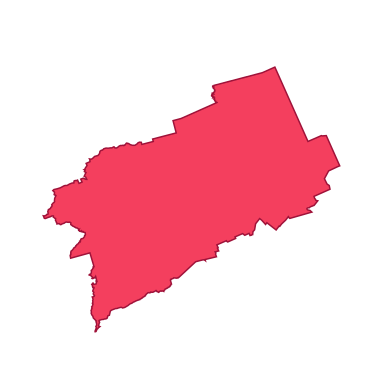 Benalla, Victoria, Australia, rotated 66°
{"feature_id": "25037944B90980309349747", "entity_name": "Benalla", "entity_type": "district", "adm_level": 2, "iso_a3": "AUS", "parent_name": "Australia", "parent_adm1": "Victoria", "projection": "natural_earth1", "projection_center": [146.082, -36.59], "detail": "fine", "context": "isolated", "style": "filled", "palette": "rose", "viewbox_px": 384, "rotation_deg": 66, "n_neighbors": 0, "source": "geoboundaries", "source_scale": "gbopen_adm2", "svg_char_len": 6113}
<svg xmlns="http://www.w3.org/2000/svg" viewBox="0 0 384 384"><g transform="rotate(66 192 192)"><path d="M228.2,46.4L195.1,46.4L193.7,50.3L193.1,50.9L193.0,65.5L111.6,65.5L111.6,79.3L103.9,126.3L103.6,128.3L103.8,128.3L104.0,128.8L103.8,129.3L104.5,129.4L104.6,129.9L104.0,129.8L103.8,130.1L104.4,130.4L105.3,129.6L105.9,130.3L107.6,129.6L108.8,129.9L108.9,130.4L109.6,130.5L109.8,131.5L109.8,131.9L110.0,132.4L111.0,132.3L110.0,133.4L110.3,133.6L111.2,133.5L111.1,134.2L111.7,134.4L111.8,134.8L112.1,135.0L112.5,134.8L112.5,134.1L112.7,133.9L113.2,134.5L113.4,134.4L113.9,133.7L114.0,134.2L114.3,134.5L114.3,134.0L114.7,133.5L114.9,133.6L115.2,133.3L115.4,133.7L115.9,133.5L116.3,133.6L116.3,134.1L116.8,133.8L117.8,134.2L118.6,133.5L119.2,133.8L119.9,133.6L120.1,133.2L120.1,132.9L120.4,132.8L120.4,172.1L119.1,180.3L131.6,182.4L127.6,206.4L130.1,206.8L128.1,218.5L126.0,218.1L125.1,219.7L125.1,221.4L125.6,222.2L126.1,224.9L125.9,225.7L125.0,227.6L123.4,229.3L121.9,230.2L121.6,231.0L120.8,231.5L120.7,232.1L121.9,234.4L121.6,234.8L121.9,235.3L121.5,236.0L121.2,236.1L120.7,238.1L120.4,238.4L120.4,239.8L121.0,241.9L121.1,243.0L120.4,244.5L119.1,244.8L118.9,245.2L119.1,247.3L118.6,248.3L117.9,250.8L116.9,252.7L116.6,255.0L117.0,255.8L117.3,257.2L117.0,257.8L117.1,258.4L117.4,259.5L119.3,260.9L120.4,263.0L119.9,266.5L121.0,269.5L121.0,270.9L120.1,272.2L121.3,272.2L121.9,272.6L122.8,272.8L122.8,277.1L125.1,277.1L126.8,279.8L127.7,280.8L127.7,281.4L128.5,280.7L129.6,282.0L131.0,280.9L133.8,284.1L135.2,283.0L137.7,283.0L137.4,283.7L135.1,285.8L135.0,288.4L138.2,288.4L138.2,291.7L134.6,291.7L134.7,292.6L134.3,293.1L133.9,294.7L134.0,295.3L135.7,296.3L135.2,297.4L135.0,298.2L134.9,300.6L135.2,303.5L134.5,305.1L134.3,306.2L134.6,310.6L134.2,314.0L133.6,317.1L134.1,318.6L136.2,317.7L137.8,318.5L138.3,319.0L138.8,318.8L139.4,317.9L140.0,317.8L141.9,320.0L144.2,321.3L144.7,321.3L145.4,322.2L145.5,323.2L146.5,325.2L146.7,325.4L147.5,325.3L148.5,326.3L148.5,327.0L149.4,328.0L149.4,328.5L149.7,328.9L149.6,330.3L151.4,331.8L152.7,331.9L153.7,332.7L153.4,333.5L153.9,334.8L153.8,336.8L153.3,337.5L156.0,337.6L156.6,336.7L156.7,333.9L157.0,331.5L156.9,329.5L157.5,328.4L158.6,328.9L158.8,328.6L160.1,328.1L160.7,327.4L162.5,328.3L163.7,328.1L164.8,328.3L165.4,328.0L166.2,328.4L166.9,326.1L168.2,325.6L168.5,325.0L168.3,323.8L168.5,321.4L168.2,320.1L168.3,319.0L169.4,317.4L169.5,316.4L170.0,316.1L170.1,315.7L170.8,315.2L172.5,316.0L173.5,315.2L173.8,315.3L174.3,314.8L174.7,314.8L175.9,313.6L176.2,313.6L177.2,312.6L177.6,312.6L178.3,311.4L179.7,310.7L179.9,310.1L179.9,310.7L180.2,311.0L180.6,311.0L180.5,310.5L181.1,311.1L181.8,310.3L182.2,310.5L182.5,310.1L183.0,309.4L183.3,309.1L182.8,308.6L183.9,308.3L184.0,307.5L184.5,307.6L185.5,306.2L185.8,306.1L186.1,306.3L187.4,306.6L188.0,307.1L188.0,307.8L189.1,308.4L190.0,310.3L190.0,311.0L189.8,311.5L189.8,312.5L190.2,313.0L191.1,313.7L191.2,314.4L191.8,314.1L192.2,314.4L192.1,315.3L192.3,316.1L192.9,316.7L193.2,318.5L193.7,319.1L193.8,319.9L194.1,320.0L194.7,320.8L195.0,322.5L195.2,323.0L195.5,323.1L196.7,325.7L196.8,326.5L198.0,327.4L198.5,327.4L199.3,328.1L200.0,328.2L200.2,329.0L200.7,329.2L203.1,329.8L206.1,310.0L220.4,311.9L220.3,312.9L221.2,313.0L221.3,313.4L222.4,314.8L222.5,315.6L222.9,316.1L224.0,316.3L225.7,317.6L225.6,319.2L225.9,319.7L227.3,318.4L229.7,317.5L230.3,318.5L230.5,318.3L230.8,317.8L230.6,316.5L230.9,315.8L230.4,315.7L230.4,314.9L230.0,314.4L234.9,315.2L234.5,315.9L235.8,316.1L237.0,317.1L236.3,319.6L235.1,319.3L234.9,319.7L235.3,320.0L235.4,320.7L235.7,321.2L236.5,320.8L237.1,321.2L239.0,321.5L239.3,321.2L239.2,320.5L239.5,320.4L240.1,320.8L240.3,321.3L240.7,321.5L241.4,322.4L242.2,323.0L243.7,322.5L244.8,323.6L245.2,323.7L246.1,323.6L246.5,323.2L246.9,323.2L247.4,323.7L247.6,324.5L247.3,325.8L249.8,326.0L250.7,326.9L252.3,327.3L253.1,328.3L254.1,328.0L254.9,328.9L255.6,329.2L256.1,330.4L257.4,330.5L257.8,331.2L258.7,331.6L259.0,332.3L261.0,332.8L261.6,333.4L263.5,333.5L265.2,333.1L266.9,333.4L270.9,331.9L271.3,332.4L273.4,332.7L274.9,333.3L275.7,334.5L277.1,334.6L279.7,337.2L280.3,337.3L280.4,336.4L278.6,334.5L278.6,333.9L277.7,332.2L277.8,331.9L277.5,330.9L277.1,331.4L276.1,331.7L274.1,330.1L273.5,329.4L271.9,329.4L271.5,329.0L271.8,326.4L272.4,324.7L272.4,323.4L272.9,322.3L272.8,320.9L270.8,319.1L271.0,317.6L267.8,315.2L267.3,314.3L267.2,313.1L267.4,309.2L267.9,308.0L268.0,306.2L268.4,304.0L268.7,303.3L269.7,302.6L270.1,300.4L269.7,296.7L269.1,294.6L269.0,293.0L269.2,292.5L268.7,290.0L268.9,289.2L268.7,288.1L268.8,285.3L269.0,284.6L268.8,284.1L269.1,283.5L268.8,283.2L268.8,282.3L268.7,281.5L268.5,281.2L268.6,280.4L268.1,279.4L268.2,278.7L267.8,277.4L267.9,276.9L267.5,276.7L267.1,276.0L267.1,275.7L266.8,275.5L266.1,273.1L266.9,271.7L267.0,270.9L266.6,270.6L266.8,270.0L267.3,269.5L267.7,268.2L267.5,267.2L267.7,266.6L267.3,264.9L267.8,264.6L268.6,264.6L269.3,263.8L270.0,263.5L270.0,262.7L269.6,261.9L269.7,261.6L269.7,260.6L270.2,260.2L270.4,259.2L271.4,258.2L270.6,257.7L270.3,256.5L269.7,255.9L269.9,255.1L269.7,254.6L269.8,253.3L269.4,252.7L269.5,251.1L268.9,250.4L269.0,250.0L268.7,249.5L268.3,249.4L267.8,248.7L267.8,248.2L263.7,247.6L263.5,246.8L263.1,246.8L263.3,244.4L263.0,243.6L264.5,241.0L264.8,239.6L264.5,239.5L264.6,238.6L257.2,217.0L258.5,209.2L259.7,207.9L260.1,207.7L259.0,207.5L261.1,196.0L258.5,195.8L257.4,195.0L256.1,195.2L256.7,191.6L253.6,191.6L253.6,190.8L250.4,190.8L250.5,180.4L251.1,180.4L252.2,179.7L252.2,171.0L250.5,171.0L250.6,162.7L253.0,161.4L253.0,156.7L255.3,156.7L255.3,156.4L255.5,156.1L255.6,155.4L255.4,154.5L255.6,153.9L253.0,152.4L252.0,150.2L246.9,146.8L243.8,141.0L246.1,139.8L251.6,138.0L250.5,136.1L260.9,130.6L258.5,126.2L259.1,125.8L257.7,123.3L255.8,117.9L253.7,114.0L255.0,113.8L255.9,113.4L259.1,90.7L256.8,91.7L255.4,93.6L254.9,93.9L254.1,93.9L253.7,93.5L253.6,92.9L253.7,92.2L254.1,91.4L253.7,90.1L253.7,88.2L253.9,87.4L253.7,86.7L253.9,85.9L251.2,80.7L250.1,82.2L248.6,82.2L247.9,82.6L245.6,82.3L245.6,64.8L241.9,64.0L239.6,65.4L233.7,65.6L228.3,58.6L228.1,48.7L228.2,46.4Z" fill="#f43f5e" stroke="#9f1239" stroke-width="1.5"/></g></svg>